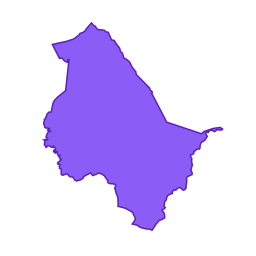 Kubang Pasu, Kedah, Malaysia, rotated 103°
{"feature_id": "92858781B58701158776704", "entity_name": "Kubang Pasu", "entity_type": "district", "adm_level": 2, "iso_a3": "MYS", "parent_name": "Malaysia", "parent_adm1": "Kedah", "projection": "orthographic", "projection_center": [100.431, 6.377], "detail": "fine", "context": "isolated", "style": "filled", "palette": "violet", "viewbox_px": 256, "rotation_deg": 103, "n_neighbors": 0, "source": "geoboundaries", "source_scale": "gbopen_adm2", "svg_char_len": 3625}
<svg xmlns="http://www.w3.org/2000/svg" viewBox="0 0 256 256"><g transform="rotate(103 128 128)"><path d="M158.9,206.9L159.5,205.9L161.7,205.8L162.2,205.8L162.9,205.8L163.4,205.2L164.4,204.3L165.2,203.6L165.2,203.0L164.4,203.0L163.7,202.6L163.3,201.9L163.2,201.2L163.3,200.0L163.7,199.1L163.9,198.2L163.9,197.3L163.6,197.2L162.9,196.9L162.4,196.5L162.4,196.2L163.4,196.0L163.5,194.7L164.2,194.0L165.0,194.1L165.7,194.4L165.9,195.0L167.0,195.4L167.7,195.2L168.1,194.7L167.5,194.4L166.8,194.1L166.6,193.6L168.1,193.5L168.7,193.1L168.2,192.7L167.2,192.4L167.0,191.9L168.0,191.5L169.2,190.9L170.0,190.2L170.7,189.9L170.9,189.2L170.3,188.4L171.4,188.8L172.0,188.5L172.5,187.9L172.9,187.1L173.5,186.1L174.0,186.2L173.8,186.9L175.3,186.8L176.2,187.5L176.8,188.2L177.7,188.6L178.7,188.6L179.0,188.0L178.9,187.0L179.2,185.9L180.0,186.3L181.1,186.3L181.8,185.6L182.6,185.5L182.7,186.3L183.0,183.9L184.4,183.5L188.1,182.7L188.8,181.4L188.2,180.0L186.5,177.6L186.7,176.4L188.2,174.4L188.6,173.2L188.1,170.9L190.7,168.2L191.2,166.1L190.3,164.7L189.1,162.4L187.5,160.8L184.9,159.9L180.2,154.4L182.3,151.7L180.4,148.8L178.5,146.5L178.6,144.0L179.7,140.5L183.5,136.4L184.0,135.8L185.8,135.3L186.3,133.2L185.8,130.4L185.8,128.1L186.8,126.9L189.5,127.4L191.7,126.2L194.0,125.0L195.9,123.6L198.9,122.0L203.3,120.8L206.6,120.1L206.6,118.7L206.6,115.4L206.9,112.2L208.0,108.2L208.9,105.3L210.0,103.7L211.0,103.2L214.1,100.7L216.0,100.4L220.6,102.3L220.6,99.6L220.6,97.4L222.0,94.1L222.2,90.9L222.2,87.3L221.7,84.6L222.2,81.6L219.1,80.4L215.0,78.9L210.8,76.6L210.1,75.2L208.5,73.3L207.6,72.2L206.2,72.2L203.4,73.3L202.0,74.3L201.5,75.6L200.1,76.4L199.1,75.0L197.3,73.8L195.7,75.4L193.6,75.6L191.4,75.6L189.3,74.5L187.0,74.7L184.4,73.8L182.8,71.7L181.8,70.0L180.2,70.5L177.9,69.4L177.9,67.4L175.6,66.3L174.2,63.9L174.9,62.6L176.2,60.4L175.3,58.8L173.4,57.9L171.5,58.4L168.8,58.6L165.3,59.0L163.9,59.8L161.8,59.0L161.0,57.7L159.9,56.3L158.9,55.1L157.0,55.5L155.4,57.0L153.3,57.2L149.4,57.0L148.1,57.7L146.7,58.4L143.3,59.0L141.9,60.4L140.4,61.1L139.1,59.0L137.7,58.1L136.0,58.6L135.1,57.4L133.4,56.3L132.5,55.1L132.5,53.7L131.1,53.4L128.7,53.9L125.5,53.4L124.0,51.7L122.7,50.5L121.1,49.9L119.7,49.3L118.3,48.9L116.9,50.2L116.0,51.2L114.4,50.5L114.2,48.8L112.3,48.1L111.5,46.4L111.5,44.5L112.1,42.9L110.3,41.4L109.7,41.2L109.4,38.2L108.8,36.3L108.2,35.6L107.8,35.5L106.7,38.2L109.3,45.0L114.4,53.2L116.8,54.8L117.0,55.9L113.6,91.6L88.9,112.7L88.8,112.4L87.5,112.4L86.8,113.4L86.2,114.5L85.3,115.4L84.2,115.9L74.8,130.8L74.1,131.7L72.6,132.7L71.5,133.0L70.3,134.5L67.7,137.7L66.1,139.0L64.8,140.1L63.7,140.9L62.9,142.0L61.4,145.1L61.0,147.2L59.5,148.6L57.7,149.4L56.0,150.7L55.1,152.6L52.6,153.8L51.6,154.7L48.3,158.7L45.8,161.1L45.8,163.9L39.2,168.8L39.2,171.1L38.0,173.2L38.3,174.9L38.5,176.9L38.7,179.0L38.5,180.4L37.3,181.8L36.2,182.6L36.0,184.2L33.8,187.2L40.9,191.0L42.3,191.2L44.8,193.1L46.7,196.1L48.6,196.8L53.7,201.2L57.5,207.6L63.6,220.5L75.6,210.4L74.6,208.1L75.6,206.7L76.7,205.4L77.1,204.2L77.5,202.9L77.6,201.7L75.9,201.8L74.9,201.9L74.7,200.9L105.6,197.2L113.4,203.3L117.1,205.6L119.0,206.4L121.8,206.6L125.3,206.6L128.1,206.4L130.1,206.8L130.2,208.5L132.3,209.9L136.0,210.4L138.3,211.0L138.7,211.5L140.5,211.0L141.5,211.3L142.8,211.2L143.8,210.5L144.7,209.7L146.1,209.2L146.5,208.3L146.3,207.0L146.2,206.1L146.3,205.2L146.0,204.6L146.9,204.2L147.5,205.2L148.1,205.9L148.6,205.1L148.7,203.3L149.5,204.7L150.3,205.0L151.3,205.3L152.3,205.6L153.6,205.6L154.4,205.9L155.6,205.6L155.8,204.7L156.5,204.0L157.5,203.6L157.8,204.1L157.6,205.9L158.2,206.6L158.9,206.8L158.9,206.9Z" fill="#8b5cf6" stroke="#5b21b6" stroke-width="1.5"/></g></svg>